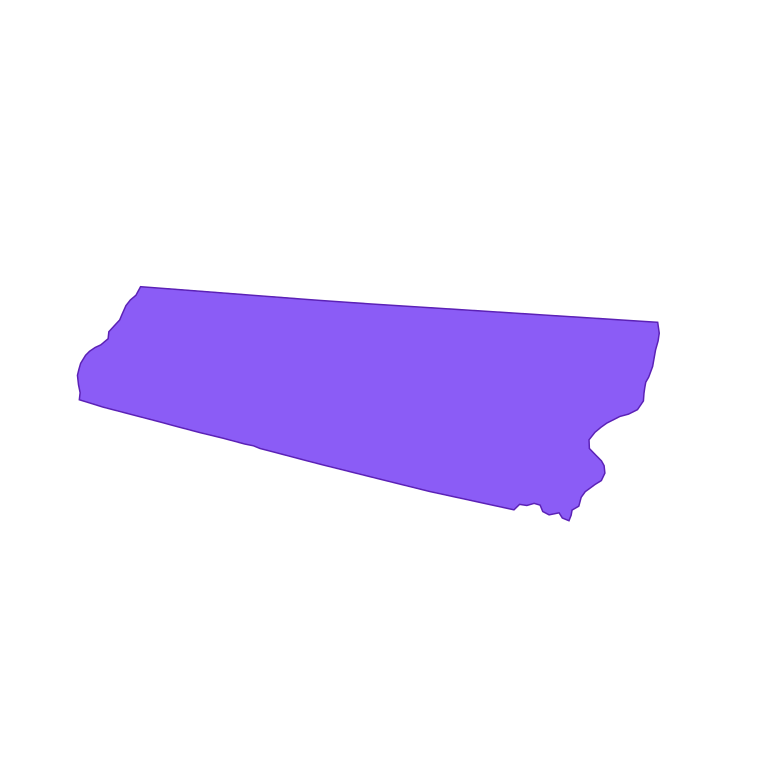 Terra Boa, Paraná, Brazil, rotated 56°
{"feature_id": "56859067B60160327815243", "entity_name": "Terra Boa", "entity_type": "district", "adm_level": 2, "iso_a3": "BRA", "parent_name": "Brazil", "parent_adm1": "Paraná", "projection": "mercator", "projection_center": [-52.372, -23.695], "detail": "fine", "context": "isolated", "style": "filled", "palette": "violet", "viewbox_px": 768, "rotation_deg": 56, "n_neighbors": 0, "source": "geoboundaries", "source_scale": "gbopen_adm2", "svg_char_len": 1082}
<svg xmlns="http://www.w3.org/2000/svg" viewBox="0 0 768 768"><g transform="rotate(56 384 384)"><path d="M226.7,645.4L246.0,629.9L292.3,589.1L298.6,583.7L304.6,578.5L321.7,563.5L339.0,547.7L355.8,533.1L362.2,526.8L368.2,522.8L377.1,514.9L403.7,491.6L416.7,480.1L454.6,446.0L498.5,406.4L561.0,346.6L559.6,338.9L564.6,333.5L566.9,326.3L571.7,322.3L578.5,323.7L584.8,320.3L588.7,310.9L594.8,311.1L600.8,307.1L597.4,302.2L593.7,298.6L594.2,290.8L588.2,283.9L585.8,277.4L585.3,265.3L585.6,257.8L581.4,250.7L574.8,247.2L569.4,246.7L560.9,248.3L552.3,249.8L544.9,245.2L542.0,236.1L541.2,228.4L541.0,221.2L542.8,206.6L545.7,198.2L547.0,188.2L543.1,178.4L537.0,173.6L532.8,169.8L528.9,166.0L526.3,160.7L519.7,151.5L507.6,139.8L501.6,132.7L495.8,127.4L485.9,122.6L309.0,351.8L279.4,389.7L267.9,404.3L167.2,531.4L171.7,540.0L172.5,547.3L174.7,554.1L179.9,562.4L183.1,567.3L184.3,572.5L186.8,582.9L192.2,587.4L193.2,596.9L192.2,603.0L192.2,609.8L193.3,615.3L197.2,623.9L201.2,628.7L205.4,633.3L213.8,637.7L221.3,640.8L226.7,645.4Z" fill="#8b5cf6" stroke="#5b21b6" stroke-width="1.5"/></g></svg>